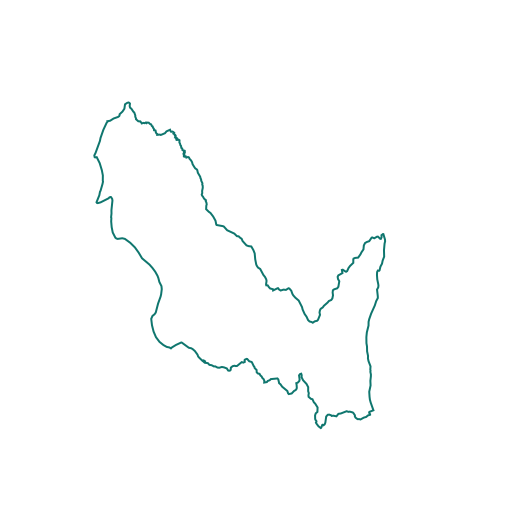 the district of Oña, Azuay, Ecuador, rotated 157°
{"feature_id": "8360857B30899779173578", "entity_name": "Oña", "entity_type": "district", "adm_level": 2, "iso_a3": "ECU", "parent_name": "Ecuador", "parent_adm1": "Azuay", "projection": "equal_earth", "projection_center": [-79.149, -3.497], "detail": "fine", "context": "isolated", "style": "outline", "palette": "teal", "viewbox_px": 512, "rotation_deg": 157, "n_neighbors": 0, "source": "geoboundaries", "source_scale": "gbopen_adm2", "svg_char_len": 6099}
<svg xmlns="http://www.w3.org/2000/svg" viewBox="0 0 512 512"><g transform="rotate(157 256 256)"><path d="M130.5,226.6L132.4,226.1L133.0,224.3L134.3,223.0L134.9,223.2L136.2,226.2L137.0,226.5L140.2,226.1L141.8,227.7L142.4,227.7L146.0,225.4L148.5,225.6L150.6,225.3L152.6,223.6L154.5,220.1L157.6,218.1L159.2,216.7L162.6,214.6L165.5,215.5L167.2,215.5L167.7,215.0L169.1,211.7L173.3,210.1L175.5,208.8L178.0,206.5L179.2,206.3L179.6,206.6L181.5,209.5L182.4,209.6L183.1,206.5L187.8,206.0L189.0,204.9L189.5,202.7L189.2,200.2L192.2,195.5L193.9,194.5L197.1,194.8L198.6,194.4L199.7,192.5L200.5,189.7L202.3,187.1L203.9,186.1L206.5,186.1L208.2,185.2L213.0,183.6L214.6,182.6L217.1,182.1L218.3,181.1L219.6,179.2L220.1,176.8L223.9,173.0L225.0,172.5L227.5,172.9L229.8,172.4L230.6,173.5L232.3,174.8L233.1,176.7L233.2,180.4L233.9,183.6L234.0,188.5L233.6,191.0L234.1,198.3L236.1,202.3L237.1,205.3L237.3,207.0L237.1,210.2L238.0,213.0L238.7,213.6L241.7,213.1L243.8,214.3L246.8,214.6L248.0,216.4L248.2,217.7L248.6,217.9L253.7,217.6L253.4,218.8L255.7,220.6L256.3,222.3L256.7,224.4L258.0,225.0L257.8,226.0L256.0,229.0L255.7,230.6L255.9,233.2L256.6,235.7L257.2,242.4L258.7,244.6L259.1,246.8L259.1,248.1L258.0,253.3L256.2,258.9L256.1,262.4L256.6,266.6L259.0,268.0L260.6,269.5L262.5,275.0L262.5,277.5L263.5,279.0L264.3,280.9L265.8,281.7L267.2,285.1L272.5,291.0L274.1,295.7L274.8,296.4L280.1,299.9L280.3,300.4L279.5,304.3L280.0,309.1L281.1,313.4L282.2,315.2L283.6,318.6L282.1,321.7L281.2,322.8L280.8,324.5L280.8,326.4L280.3,326.9L281.4,329.1L281.6,331.2L282.0,332.6L282.0,333.7L280.9,334.9L280.2,336.9L278.4,339.5L277.6,341.5L277.6,342.7L276.9,343.9L277.0,346.7L276.6,348.0L276.7,349.2L276.4,350.8L277.0,355.3L276.5,358.1L276.7,358.9L277.7,360.4L278.0,361.9L278.5,365.2L278.2,367.3L278.4,369.2L279.2,371.5L279.2,372.9L279.9,373.7L281.7,373.8L281.8,375.3L283.0,375.3L283.5,375.8L283.4,376.3L281.9,378.0L281.8,378.3L282.2,378.4L282.6,377.7L282.9,378.0L282.8,378.5L281.9,379.3L281.4,380.9L281.0,381.0L280.6,380.4L280.5,380.7L282.3,382.2L281.9,383.8L282.5,384.7L282.0,386.6L282.3,387.5L282.0,389.3L282.2,390.3L281.2,392.4L281.6,393.1L283.8,393.9L283.7,395.0L282.7,395.2L283.0,395.8L284.1,396.7L283.2,397.5L282.9,398.3L283.0,398.6L283.6,398.6L283.6,399.1L283.3,399.6L284.2,400.9L283.2,401.5L283.8,402.6L284.3,403.2L285.6,403.5L285.9,404.7L285.8,405.8L289.7,405.7L291.8,404.6L295.8,404.6L296.5,404.7L297.0,405.3L299.6,406.1L299.2,406.9L299.8,407.7L299.9,409.1L299.5,410.1L299.5,410.9L300.7,411.6L300.3,413.1L300.7,414.5L300.5,415.6L301.1,416.4L301.1,418.1L302.0,419.0L302.7,420.7L304.3,421.4L304.8,421.1L305.2,421.9L306.5,421.7L307.3,422.4L309.4,422.7L309.4,423.7L309.9,424.5L309.9,425.1L311.7,426.0L313.0,428.8L312.7,429.3L312.7,431.4L312.2,432.5L312.0,435.7L312.5,436.7L313.2,440.4L313.8,441.3L313.9,442.1L313.7,443.4L312.5,445.5L312.7,446.3L313.3,447.1L314.7,447.3L317.3,446.8L319.6,443.0L322.5,441.1L326.1,439.8L326.8,438.6L327.3,438.2L328.7,437.9L333.4,438.2L337.4,437.5L340.0,438.1L340.0,437.7L341.3,437.1L347.2,431.8L353.0,425.4L354.7,422.9L363.4,413.6L365.5,411.8L365.9,410.1L365.6,409.6L364.0,409.2L363.6,402.6L364.4,395.1L365.5,390.0L367.6,385.2L367.8,384.2L369.3,382.1L373.6,376.8L374.5,376.1L376.5,373.1L381.8,367.8L381.6,366.9L381.0,366.5L378.1,366.1L369.2,366.7L368.1,367.2L367.0,367.2L366.4,366.8L366.1,364.6L366.5,363.1L371.2,354.6L372.5,351.4L374.3,348.2L374.3,347.5L375.8,344.4L377.6,338.9L378.7,333.6L378.3,327.8L377.7,326.7L376.7,325.8L372.2,324.6L370.0,323.0L366.6,317.3L364.1,311.2L362.7,305.0L361.8,298.4L357.4,289.7L356.0,285.5L354.9,280.9L354.4,276.3L354.5,273.8L355.1,269.9L354.8,265.2L355.7,262.3L358.3,257.8L359.7,255.9L364.7,250.5L370.4,243.1L372.2,242.0L374.7,241.3L377.0,239.1L378.8,232.9L379.8,226.5L379.8,220.4L378.4,214.7L376.0,210.2L373.7,207.2L371.4,205.6L370.4,204.2L369.1,204.7L364.4,205.4L358.6,205.6L358.1,205.2L353.7,197.8L351.7,196.4L350.7,195.1L349.4,192.4L348.4,188.1L348.5,186.1L348.0,184.6L346.2,180.3L345.6,180.6L345.0,180.4L344.0,178.9L344.2,178.5L345.1,179.0L345.3,178.6L344.8,177.7L342.2,176.2L341.4,174.0L339.5,172.8L337.9,170.8L336.6,170.3L335.1,168.4L333.5,167.5L330.8,167.2L329.0,166.0L326.8,163.9L326.4,161.5L325.6,160.9L324.6,160.7L323.8,161.1L322.7,163.1L320.5,163.7L318.7,163.4L317.5,162.5L316.4,162.2L310.6,163.9L309.3,162.8L307.7,162.9L307.3,164.4L306.9,164.9L304.9,165.0L304.3,164.6L303.4,161.8L301.5,160.2L301.3,159.7L301.1,155.4L300.8,154.8L301.0,153.3L300.0,150.9L300.8,148.6L300.0,146.9L298.8,146.2L298.6,144.3L297.9,142.9L297.8,141.2L297.1,139.7L297.1,137.8L297.9,136.3L295.3,135.7L294.0,136.4L291.9,136.3L290.5,136.9L284.1,134.9L283.7,133.7L284.4,129.8L283.6,128.4L283.0,125.5L279.9,119.5L280.1,117.1L279.8,116.1L276.9,115.5L273.7,116.9L271.9,117.1L270.9,117.6L270.0,118.6L269.0,121.4L268.6,123.2L267.1,123.1L265.0,124.0L264.1,125.3L263.0,129.3L261.6,130.1L260.4,130.0L260.5,128.5L261.4,126.6L261.2,123.2L259.5,118.5L259.2,114.9L260.8,111.2L261.0,109.1L262.1,107.4L262.6,105.8L261.2,103.0L260.0,102.1L259.9,98.7L259.2,97.0L258.5,92.5L260.4,88.5L262.5,87.8L263.9,86.2L265.2,82.9L265.3,82.0L264.9,80.5L265.1,79.8L265.9,79.3L265.9,78.3L265.0,74.8L263.6,72.3L263.1,72.4L261.0,74.6L260.5,74.6L260.0,73.8L258.6,74.2L257.3,75.5L254.1,80.8L252.0,81.8L250.6,81.4L249.1,80.0L248.8,79.2L247.4,78.9L244.6,77.0L241.8,78.5L239.5,77.9L233.2,77.7L231.8,76.4L230.5,76.1L228.1,74.2L227.7,73.4L227.2,70.7L227.7,69.6L227.5,68.3L226.3,66.2L224.5,65.4L223.7,64.7L219.9,65.1L217.4,64.8L215.4,65.5L213.0,65.3L212.8,65.8L213.1,67.1L212.9,67.9L212.5,68.2L208.2,68.1L207.7,76.2L207.3,79.2L206.5,82.0L204.8,86.8L201.1,92.1L199.5,96.4L197.3,100.3L196.5,102.1L196.0,104.7L195.4,105.6L195.2,106.7L193.7,109.7L193.5,115.2L193.0,117.9L191.9,120.3L191.0,124.8L189.2,129.3L188.4,132.6L186.1,138.2L183.8,142.4L179.6,148.0L178.1,151.4L176.5,153.6L172.4,158.1L166.0,164.0L163.0,167.5L160.3,169.7L159.6,171.4L157.7,177.8L155.8,179.3L154.9,180.8L154.5,182.2L153.5,187.1L152.1,191.2L150.8,193.9L149.5,195.0L148.5,194.3L147.9,194.5L145.6,197.6L143.0,199.7L141.2,202.3L138.3,205.3L135.9,211.4L132.8,217.2L131.4,219.1L130.8,220.9L130.2,226.4L130.5,226.6Z" fill="none" stroke="#0f766e" stroke-width="2"/></g></svg>